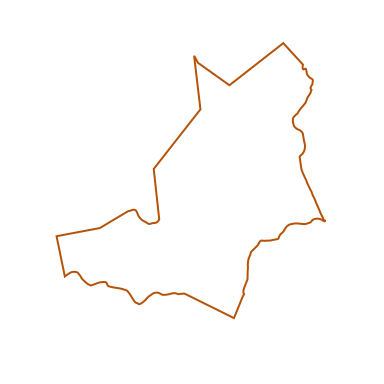 the district of Orocuina, Choluteca, Honduras, rotated 77°
{"feature_id": "27666195B30737546448878", "entity_name": "Orocuina", "entity_type": "district", "adm_level": 2, "iso_a3": "HND", "parent_name": "Honduras", "parent_adm1": "Choluteca", "projection": "orthographic", "projection_center": [-87.128, 13.486], "detail": "fine", "context": "isolated", "style": "outline", "palette": "amber", "viewbox_px": 384, "rotation_deg": 77, "n_neighbors": 0, "source": "geoboundaries", "source_scale": "gbopen_adm2", "svg_char_len": 5850}
<svg xmlns="http://www.w3.org/2000/svg" viewBox="0 0 384 384"><g transform="rotate(77 192 192)"><path d="M245.7,334.9L245.4,334.3L245.1,333.7L244.4,331.9L243.5,329.4L243.2,328.4L243.1,327.9L243.0,327.4L243.0,326.8L243.0,326.3L243.1,325.8L243.3,324.5L243.6,323.7L243.8,323.1L244.1,322.5L244.4,322.0L244.8,321.6L245.4,321.2L246.5,320.7L248.7,319.7L249.6,319.4L250.8,319.0L251.7,318.7L252.5,318.3L253.6,317.6L254.7,316.9L255.8,316.1L258.4,314.1L259.1,313.2L260.1,312.1L260.2,311.9L260.3,311.6L260.3,311.0L260.1,308.7L259.5,304.4L259.4,303.0L259.4,301.8L259.5,301.1L259.5,300.3L259.7,299.4L259.8,298.4L260.0,297.7L260.1,297.2L260.3,296.8L260.5,296.5L260.7,296.2L260.9,296.0L261.1,295.9L261.6,295.7L262.4,295.4L263.6,295.3L264.3,295.1L264.5,295.0L264.7,294.8L265.1,294.3L265.4,293.9L265.7,293.3L267.0,290.7L267.9,288.5L269.6,284.3L270.7,282.0L270.9,281.6L272.5,278.9L273.1,278.0L273.4,277.7L273.8,277.3L274.7,276.8L276.0,276.2L277.1,275.7L279.8,274.7L282.0,274.0L283.7,273.4L285.5,272.7L286.6,272.2L286.9,272.0L287.2,271.6L287.5,271.2L287.9,270.4L288.2,270.0L288.4,269.8L288.9,269.6L289.0,269.5L289.2,269.3L289.3,269.0L289.4,268.7L289.4,268.1L289.4,267.7L289.1,266.8L288.8,265.7L287.8,263.6L286.9,262.0L286.4,261.2L285.7,260.2L285.1,259.4L284.4,258.3L284.1,257.8L283.4,255.9L282.8,254.5L282.3,253.3L282.1,252.7L282.0,252.1L281.9,251.5L281.9,251.1L281.9,250.2L282.1,249.2L282.3,248.2L282.5,247.7L282.9,247.1L283.5,246.3L284.0,245.7L284.8,244.9L285.1,244.5L285.5,243.9L285.6,243.6L285.7,243.3L285.9,242.6L286.1,241.2L286.4,238.9L286.4,237.2L286.3,234.1L286.3,233.7L286.4,233.4L286.6,232.1L286.8,231.2L287.0,230.7L287.2,230.3L287.4,229.9L288.0,229.1L288.2,228.8L288.4,228.4L288.5,228.1L288.6,227.4L288.7,226.2L289.0,224.1L289.1,222.9L289.2,222.5L290.2,221.1L290.7,220.4L291.4,219.6L324.3,179.5L305.3,166.1L303.2,164.2L302.8,164.4L302.3,164.5L301.9,164.6L301.4,164.5L300.8,164.4L300.3,164.2L299.3,163.9L298.6,163.5L297.9,163.2L296.5,162.3L290.4,158.1L289.7,157.7L289.3,157.5L287.8,157.1L284.1,156.2L281.5,155.5L280.5,155.2L279.7,154.9L279.1,154.7L278.5,154.5L277.3,154.4L276.6,154.2L275.1,153.9L273.5,153.4L272.6,153.1L271.6,152.7L270.7,152.3L269.7,151.7L268.9,151.3L267.7,150.4L264.9,148.6L263.9,148.0L263.5,147.6L263.2,147.3L262.8,146.6L261.5,144.4L260.1,142.2L259.2,140.7L258.7,140.0L258.5,139.7L258.2,139.5L255.8,137.3L255.3,136.7L255.1,136.3L255.0,136.0L254.9,135.5L255.0,135.0L255.1,134.6L255.5,133.6L255.8,132.5L256.6,128.3L256.9,126.8L256.9,126.1L256.9,124.7L256.9,123.7L257.0,122.2L257.1,120.4L257.1,119.3L257.0,118.6L256.8,118.3L256.5,118.0L256.2,117.8L255.6,117.5L255.1,117.2L254.5,116.7L253.8,116.0L253.3,115.4L252.9,115.0L251.6,112.6L251.2,112.0L250.9,111.5L250.6,111.2L250.0,110.9L249.5,110.4L248.3,109.2L247.7,108.5L247.2,107.8L246.9,107.4L246.4,106.4L246.2,105.9L245.9,105.3L245.8,104.7L245.7,104.1L245.6,103.6L245.6,102.1L245.7,100.3L245.8,99.1L246.0,97.7L246.2,97.0L246.4,96.3L247.5,92.9L248.4,90.4L248.5,89.7L248.7,89.1L248.7,88.3L248.7,87.6L248.5,86.0L248.4,84.1L248.3,83.7L248.1,83.2L247.8,82.6L247.5,82.2L247.0,81.7L246.7,81.3L246.4,80.6L246.1,80.1L245.9,79.2L245.9,78.5L245.9,77.9L246.0,76.8L246.1,76.0L246.3,75.2L246.7,74.3L247.1,73.5L247.7,72.6L248.2,71.8L248.4,71.6L249.5,70.6L250.2,69.8L250.3,69.6L250.4,69.4L250.3,69.1L250.2,68.9L249.8,68.8L249.6,68.9L249.5,69.0L249.2,69.5L249.0,69.8L248.6,70.0L248.3,70.2L247.9,70.2L247.2,70.2L246.3,70.3L245.0,70.6L243.3,71.1L241.0,71.6L240.5,71.7L239.5,71.8L238.0,72.1L235.7,72.5L233.5,72.9L230.5,73.5L229.9,73.6L228.8,73.7L225.8,74.2L224.6,74.5L223.5,74.8L220.5,75.3L218.2,75.6L216.5,76.1L214.7,76.5L212.1,77.1L211.4,77.2L210.6,77.4L209.9,77.6L206.2,78.1L202.6,78.9L200.6,79.3L198.6,79.7L194.8,80.2L193.9,80.2L191.1,80.0L187.6,79.7L185.1,79.4L183.0,79.3L182.2,79.2L181.9,79.1L181.6,78.9L181.1,78.3L180.7,77.6L180.1,76.5L179.7,75.8L178.8,74.9L178.1,74.2L177.2,73.4L176.6,73.1L176.0,72.8L175.1,72.3L173.7,71.9L172.3,71.5L171.6,71.4L171.1,71.4L168.4,71.3L166.2,71.3L160.9,70.9L160.4,70.9L159.7,71.0L159.1,71.2L158.6,71.3L158.1,71.5L157.4,72.0L156.6,72.6L155.9,73.2L155.5,73.8L154.8,74.8L154.1,75.5L153.7,75.9L153.2,76.3L152.7,76.7L151.9,77.2L151.3,77.5L150.8,77.7L150.4,77.7L149.1,77.9L148.2,77.9L147.1,77.9L145.7,77.8L144.7,77.6L144.1,77.4L143.7,77.3L143.3,77.1L142.9,76.9L142.5,76.6L142.2,76.4L141.9,76.0L141.5,75.5L140.5,74.0L140.0,73.2L139.6,72.2L139.3,71.7L138.8,71.2L138.0,70.4L137.5,70.0L135.5,67.7L132.9,64.3L131.3,62.2L130.9,61.7L130.7,61.4L128.2,59.7L127.0,58.9L126.1,58.3L125.8,58.1L125.2,57.6L124.4,56.6L123.6,55.6L122.9,55.0L122.1,54.3L120.6,53.3L119.3,52.6L118.9,52.9L118.6,53.0L118.4,53.1L118.0,53.1L117.5,53.1L117.3,53.1L117.2,53.1L116.3,52.5L115.9,52.2L115.3,51.7L114.6,50.9L114.4,50.7L114.1,50.5L113.4,50.2L111.8,49.6L110.6,49.2L110.2,49.1L109.6,49.3L109.3,49.4L109.0,49.6L108.7,49.8L108.5,50.0L108.3,50.2L107.9,50.8L107.7,51.1L107.4,51.3L105.7,52.3L104.4,53.0L103.9,53.2L103.3,53.4L102.4,53.4L101.7,53.4L100.1,53.3L98.9,53.2L98.2,53.3L97.9,53.4L97.7,53.5L97.4,53.7L97.4,53.8L97.4,54.1L97.5,54.6L97.5,54.9L97.6,55.7L97.6,55.9L97.5,56.0L97.1,56.2L96.7,56.3L96.3,56.3L96.0,56.3L95.5,56.2L93.9,55.7L93.5,55.6L92.9,55.2L67.5,69.6L96.4,131.5L67.5,157.1L59.7,159.3L113.5,165.2L114.1,166.1L160.9,224.1L211.3,230.1L212.0,230.7L212.5,231.3L213.2,232.2L213.3,232.4L213.5,232.7L213.6,233.0L213.7,233.5L213.8,234.0L213.8,234.6L213.8,235.1L213.8,235.5L213.6,235.9L213.6,236.2L213.5,237.0L213.5,238.1L213.6,239.4L213.6,240.1L213.5,241.0L213.4,241.3L212.6,242.2L210.7,244.1L209.6,245.4L208.6,246.5L208.0,247.0L207.6,247.3L206.6,248.0L205.2,248.7L204.4,249.1L203.5,249.4L202.9,249.6L202.3,249.8L200.9,249.9L199.5,250.2L198.2,250.5L197.4,250.8L197.2,251.0L196.9,251.3L196.7,251.6L196.5,252.0L196.2,252.6L196.1,252.9L196.1,253.4L196.1,253.9L196.1,254.5L196.3,256.0L196.4,256.5L196.3,257.4L196.2,258.2L206.4,289.9L204.6,333.9L245.7,334.9Z" fill="none" stroke="#b45309" stroke-width="2"/></g></svg>